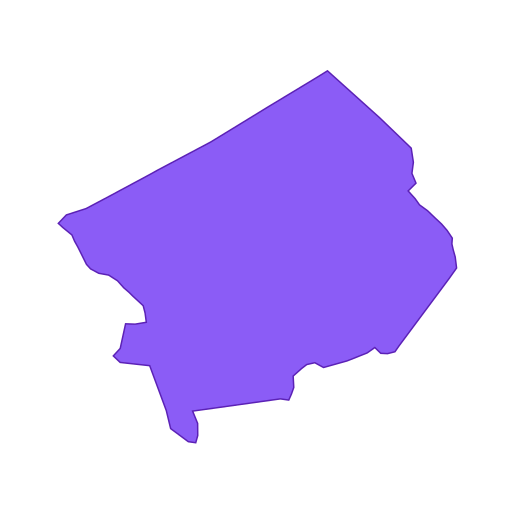 the district of Amaraji, Pernambuco, Brazil, rotated 278°
{"feature_id": "56859067B36285576178604", "entity_name": "Amaraji", "entity_type": "district", "adm_level": 2, "iso_a3": "BRA", "parent_name": "Brazil", "parent_adm1": "Pernambuco", "projection": "mercator", "projection_center": [-35.48, -8.359], "detail": "fine", "context": "isolated", "style": "filled", "palette": "violet", "viewbox_px": 512, "rotation_deg": 278, "n_neighbors": 0, "source": "geoboundaries", "source_scale": "gbopen_adm2", "svg_char_len": 1065}
<svg xmlns="http://www.w3.org/2000/svg" viewBox="0 0 512 512"><g transform="rotate(278 256 256)"><path d="M270.3,62.5L260.8,55.7L257.3,60.8L251.2,70.8L245.4,74.3L240.0,78.4L233.3,83.0L224.1,89.3L220.2,94.0L217.0,102.7L216.6,112.7L212.2,122.3L206.1,129.5L202.5,135.1L199.0,139.8L191.1,151.2L184.1,154.1L175.1,156.6L171.7,145.8L170.7,136.3L145.6,134.4L137.2,128.6L131.7,136.3L132.6,166.0L90.4,188.7L73.2,195.5L62.7,214.8L62.7,222.3L70.1,223.3L82.1,221.5L93.6,214.8L117.9,300.0L117.9,308.5L124.2,310.3L131.1,311.7L142.3,309.5L150.9,316.8L155.6,321.4L158.5,329.1L155.0,338.4L164.8,360.8L175.5,379.6L181.9,386.4L177.0,393.1L177.6,399.8L180.5,406.9L187.2,410.3L260.8,450.5L272.0,456.3L282.8,453.4L289.4,450.5L295.2,448.3L301.0,447.9L308.0,441.6L313.5,435.3L318.2,428.6L324.7,419.6L329.4,410.8L334.9,405.6L341.6,397.6L350.4,404.3L359.5,398.9L370.7,398.8L384.4,394.7L409.9,359.5L449.3,301.0L439.1,288.7L405.5,247.4L385.3,222.9L362.6,195.3L327.3,146.6L322.0,139.6L302.3,112.7L295.9,104.0L279.3,81.1L270.3,62.5Z" fill="#8b5cf6" stroke="#5b21b6" stroke-width="1.5"/></g></svg>